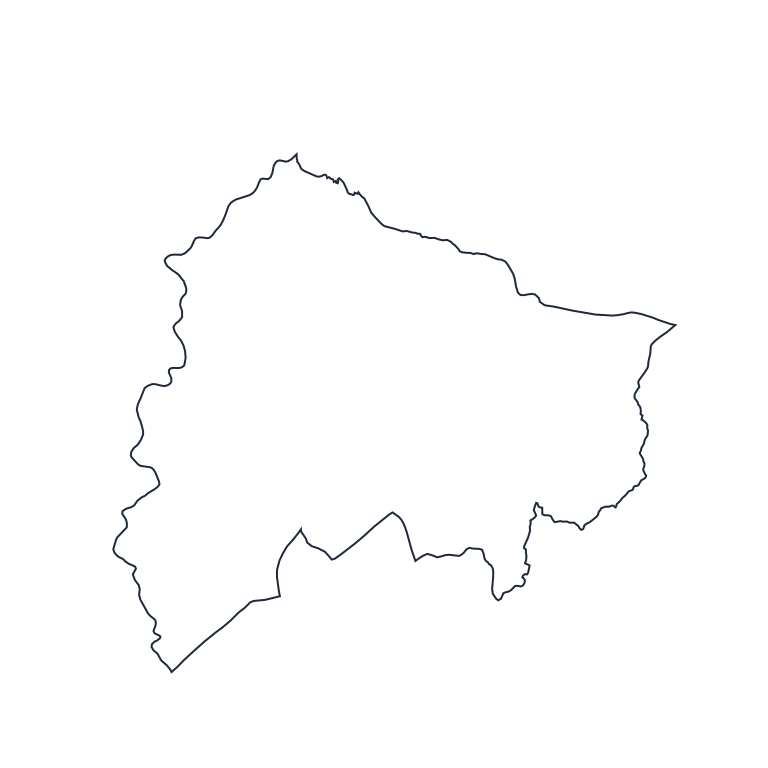 Pea Reang, Prey Vêng, Cambodia, rotated 349°
{"feature_id": "14789045B14089291645285", "entity_name": "Pea Reang", "entity_type": "district", "adm_level": 2, "iso_a3": "KHM", "parent_name": "Cambodia", "parent_adm1": "Prey Vêng", "projection": "orthographic", "projection_center": [105.246, 11.679], "detail": "fine", "context": "isolated", "style": "outline", "palette": "slate", "viewbox_px": 768, "rotation_deg": 349, "n_neighbors": 0, "source": "geoboundaries", "source_scale": "gbopen_adm2", "svg_char_len": 6156}
<svg xmlns="http://www.w3.org/2000/svg" viewBox="0 0 768 768"><g transform="rotate(349 384 384)"><path d="M199.4,271.0L199.7,273.9L198.6,279.7L196.6,281.7L194.0,283.6L191.6,284.6L189.6,286.2L188.1,288.2L188.6,292.8L190.8,298.4L193.0,302.5L194.5,307.8L195.0,313.7L194.3,320.3L192.2,326.0L191.0,328.0L188.4,329.1L185.5,329.2L180.0,327.9L177.2,328.0L175.6,329.4L175.0,331.8L176.4,337.8L175.5,341.4L174.0,342.9L171.4,343.9L168.3,344.2L165.3,343.2L159.4,340.5L156.4,339.9L151.7,340.7L148.9,342.0L147.7,343.2L142.5,351.4L138.8,356.5L137.6,359.0L136.4,362.2L136.8,369.8L137.7,373.2L138.4,379.8L138.5,384.7L137.9,387.6L134.7,392.5L130.9,396.4L125.9,399.3L122.9,402.5L121.9,405.8L122.1,407.6L127.0,415.6L128.4,417.1L129.9,418.1L138.8,421.2L140.7,422.9L141.5,424.4L142.7,427.1L143.3,430.2L144.6,437.2L144.4,439.7L142.2,441.8L139.2,443.3L131.4,446.2L128.4,448.0L124.6,449.0L122.4,450.1L119.5,451.7L116.0,455.1L114.7,455.9L111.8,456.8L109.4,456.9L106.6,457.4L103.0,459.0L102.3,461.3L104.8,467.7L105.0,469.9L104.9,472.7L104.1,475.7L92.8,483.7L91.1,486.1L86.9,494.2L86.8,495.6L87.4,498.5L89.3,501.7L90.7,503.2L94.5,506.1L96.3,508.9L99.1,511.7L103.2,514.5L104.9,515.9L105.2,518.0L101.1,523.0L102.1,529.0L104.9,534.7L105.1,538.5L103.4,544.3L103.6,548.9L108.6,564.2L110.5,567.3L114.1,571.5L114.6,573.3L114.3,575.7L113.1,578.5L111.2,581.3L110.6,582.7L111.1,584.8L115.6,588.2L116.3,589.3L115.5,590.9L112.3,592.5L109.7,593.1L106.7,595.0L105.6,597.7L107.0,601.6L109.7,604.8L110.8,607.2L111.5,609.7L112.8,613.2L117.0,618.5L119.5,623.1L120.5,626.2L127.3,622.2L134.4,617.2L142.6,612.1L158.5,602.6L171.5,595.7L180.0,591.6L188.0,587.1L197.8,580.5L204.6,577.1L211.0,572.8L214.7,572.1L225.9,573.2L241.3,572.5L241.3,567.3L242.1,553.2L243.5,546.1L247.7,537.4L252.3,531.1L258.0,524.8L265.1,519.4L271.8,513.7L274.7,510.8L274.4,512.8L277.8,520.8L278.3,524.9L282.2,529.5L288.0,532.7L293.9,537.3L297.1,542.5L299.2,546.4L302.7,546.0L310.9,542.2L326.0,534.6L335.9,529.0L347.5,521.9L364.2,513.1L367.9,511.7L373.3,517.4L375.4,521.1L376.9,526.1L378.0,533.0L379.5,552.6L381.1,563.7L384.4,562.1L389.4,560.1L394.1,559.0L398.8,561.4L403.2,564.3L406.5,564.2L410.9,563.7L415.1,564.0L424.3,566.9L426.6,566.7L430.1,564.9L433.5,561.9L436.7,561.2L440.5,562.7L446.0,564.0L448.7,565.5L449.4,569.8L449.4,574.7L450.3,577.1L451.9,578.7L452.7,580.8L454.4,582.3L455.6,585.7L455.4,589.3L454.1,595.1L451.0,605.9L450.8,610.8L453.1,616.2L454.9,618.2L458.0,617.0L461.2,612.2L463.1,611.7L466.9,611.5L469.6,610.5L474.1,607.3L476.6,607.6L479.8,608.9L482.1,608.2L484.0,606.1L484.9,603.3L484.0,601.5L482.9,600.2L483.7,598.8L486.0,597.5L488.1,598.2L489.6,596.5L492.3,589.9L488.2,586.9L489.9,583.9L491.0,580.2L491.1,577.1L491.7,573.5L490.2,572.0L490.6,570.1L496.2,562.1L499.4,555.8L499.8,552.0L500.7,550.5L501.6,548.2L501.6,545.9L504.2,545.0L506.6,543.7L508.3,542.1L507.0,536.4L508.9,532.5L510.7,529.7L511.9,530.5L512.2,533.6L513.3,534.7L515.7,535.6L514.6,541.7L515.4,542.7L517.0,543.6L520.5,544.3L522.7,545.7L523.4,548.4L524.9,551.9L525.9,552.3L530.8,552.2L532.9,553.1L537.5,554.0L539.5,555.5L544.2,556.4L547.7,560.6L548.4,562.8L549.7,564.8L551.6,564.5L552.7,563.1L553.6,561.1L555.5,560.0L559.4,559.0L567.5,554.8L569.3,553.0L569.9,551.4L571.0,549.9L572.1,549.2L573.0,547.9L574.0,547.2L578.9,546.7L580.4,547.3L581.9,547.3L584.4,546.9L585.9,547.2L586.9,548.6L587.8,549.3L588.8,548.1L589.4,546.4L593.6,543.8L596.0,541.5L599.7,539.4L603.9,536.0L607.6,535.5L608.6,534.4L609.2,533.1L610.6,532.1L612.3,532.3L614.4,531.9L618.0,527.7L621.4,526.6L622.8,525.8L623.9,523.9L623.1,522.2L622.1,518.5L622.2,517.1L624.1,513.7L624.5,511.2L623.8,508.9L624.0,507.5L623.3,504.8L622.2,502.2L621.9,500.5L623.5,498.3L624.5,496.0L627.8,492.0L629.0,489.3L630.6,487.0L632.4,485.3L633.1,484.1L634.3,480.1L634.0,477.9L634.2,476.1L634.7,475.0L634.3,473.2L633.3,471.5L631.5,469.2L630.0,468.1L631.7,464.4L630.1,462.5L631.0,459.5L631.2,456.4L630.5,453.9L629.6,452.8L629.7,451.2L628.8,448.6L627.5,446.2L627.3,444.4L628.4,441.5L631.2,438.3L634.1,435.6L633.8,431.0L634.8,429.2L643.1,421.4L645.4,418.9L646.5,417.2L648.0,412.1L651.4,404.5L652.7,399.1L653.5,397.3L654.2,396.3L657.0,394.2L660.7,392.1L664.4,390.2L671.5,387.1L681.2,381.7L676.3,379.6L665.9,373.7L660.6,370.2L650.1,364.5L644.1,362.0L640.5,360.9L636.0,360.9L632.8,361.2L626.6,361.0L621.6,360.5L604.9,356.2L582.7,347.8L565.4,340.4L556.8,337.4L552.6,333.0L552.6,330.1L552.2,328.9L549.4,325.0L546.7,323.8L542.6,323.5L538.6,323.5L535.1,322.8L532.9,319.9L532.2,313.4L532.4,305.8L531.8,300.5L528.8,291.9L526.8,287.3L523.5,284.6L519.6,283.3L516.3,281.5L508.0,275.9L504.4,275.0L500.7,273.6L499.0,273.3L496.8,273.6L494.0,271.9L489.2,270.7L485.6,269.5L483.7,268.2L482.8,265.7L479.9,261.0L478.5,259.8L476.7,257.1L473.5,254.6L469.0,254.1L464.6,252.1L461.6,250.2L456.7,249.5L452.7,247.5L451.4,247.2L450.1,247.3L449.0,246.4L448.0,243.4L445.4,242.8L444.0,241.7L440.9,240.8L435.4,238.1L431.5,237.8L423.9,233.6L414.7,229.2L412.7,227.2L410.9,224.5L407.1,218.6L404.2,213.4L402.5,206.0L400.1,198.1L398.1,195.9L396.4,193.1L395.5,190.9L394.5,192.3L391.7,190.6L390.9,192.4L389.6,192.6L388.4,191.7L386.0,190.6L384.9,188.7L384.7,186.6L382.9,179.2L381.6,176.6L379.3,173.5L378.0,174.0L377.8,176.1L376.9,178.1L375.5,177.4L375.5,175.5L373.3,176.1L373.3,174.5L372.7,173.2L370.9,172.3L369.4,170.4L367.5,171.1L367.2,168.4L366.5,167.5L364.9,167.2L362.3,168.0L359.9,168.1L357.5,167.4L346.8,160.0L344.0,157.3L342.4,151.3L341.2,149.4L341.6,147.6L341.3,146.2L342.0,141.8L336.2,145.6L332.6,146.9L330.4,147.1L324.4,144.6L321.9,144.7L320.0,145.8L317.5,148.6L314.7,155.5L312.0,159.5L309.1,160.8L304.0,159.2L301.8,159.6L299.6,162.6L296.7,167.1L294.2,169.7L291.8,171.5L287.8,173.0L273.5,174.7L268.7,176.6L265.3,179.6L260.6,187.7L257.3,192.6L254.4,196.3L251.3,199.0L248.1,201.3L243.6,205.5L240.8,207.1L238.6,207.2L233.9,205.6L229.8,204.7L226.8,205.1L224.7,207.4L221.5,212.1L219.6,214.0L214.1,217.4L212.2,218.0L209.6,218.5L202.7,216.9L199.2,216.7L196.5,217.4L194.5,218.5L192.7,220.1L192.2,222.0L193.6,226.7L197.8,231.8L202.3,236.4L204.2,239.1L205.5,242.2L207.0,244.7L207.9,250.4L208.1,253.0L207.2,256.3L205.9,257.9L203.3,259.7L201.6,261.4L200.3,263.3L199.0,267.3L199.0,269.7L199.4,271.0Z" fill="none" stroke="#1e293b" stroke-width="2"/></g></svg>